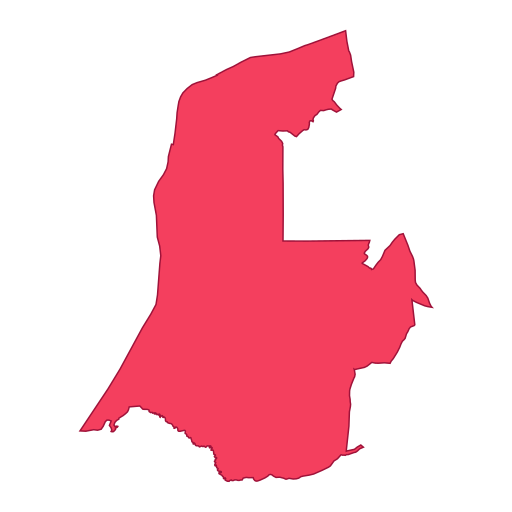 the district of Soplaviento, Bolívar, Colombia
{"feature_id": "7082276B6546865194855", "entity_name": "Soplaviento", "entity_type": "district", "adm_level": 2, "iso_a3": "COL", "parent_name": "Colombia", "parent_adm1": "Bolívar", "projection": "orthographic", "projection_center": [-75.12, 10.341], "detail": "fine", "context": "isolated", "style": "filled", "palette": "rose", "viewbox_px": 512, "rotation_deg": 0, "n_neighbors": 0, "source": "geoboundaries", "source_scale": "gbopen_adm2", "svg_char_len": 6092}
<svg xmlns="http://www.w3.org/2000/svg" viewBox="0 0 512 512"><path d="M226.6,69.5L216.6,74.8L217.1,75.3L211.8,77.6L205.4,80.2L197.1,82.6L192.2,84.6L187.2,88.5L182.9,92.9L180.6,96.9L178.9,101.5L178.2,105.5L177.1,112.7L176.7,118.8L175.0,133.4L173.3,144.6L171.5,144.2L168.4,156.5L168.1,161.9L166.6,168.7L163.4,174.8L158.7,181.3L154.6,189.8L153.6,195.8L154.0,202.5L156.4,215.4L157.3,237.1L159.7,246.1L160.8,255.7L159.9,263.3L157.5,295.0L156.0,304.5L150.8,314.2L142.5,327.7L120.1,369.0L108.0,388.9L80.0,430.9L85.8,431.2L93.7,429.7L97.6,430.2L101.2,429.2L103.2,426.3L105.3,421.7L106.9,420.1L108.9,420.1L111.2,421.0L109.4,425.4L111.0,427.6L111.8,430.1L111.1,431.5L111.7,431.7L112.0,431.6L112.9,431.8L113.7,431.4L115.4,429.6L115.6,429.0L115.4,428.5L115.6,428.1L117.3,427.2L117.8,426.4L116.8,426.1L114.9,426.6L114.6,425.8L114.1,425.5L114.0,424.9L114.8,422.5L116.2,420.9L117.1,420.1L118.8,419.2L118.8,418.3L119.0,418.1L122.2,416.1L122.8,415.8L125.5,413.7L127.5,411.8L128.5,409.7L129.2,406.9L139.8,406.0L141.3,407.5L142.7,409.1L143.4,409.3L144.1,409.2L144.8,409.4L145.8,409.3L147.0,409.4L147.8,409.5L148.8,409.9L149.2,410.4L149.0,411.1L149.3,411.7L150.8,412.6L151.2,412.4L152.1,412.4L152.5,412.5L152.6,413.1L153.8,413.0L154.0,413.1L154.4,413.9L154.6,414.0L155.1,414.0L154.8,413.0L154.9,412.8L155.1,412.8L155.9,413.1L156.9,414.6L157.7,414.3L158.2,414.8L158.6,414.8L158.9,414.2L159.5,414.1L159.7,414.3L159.4,415.3L160.3,415.3L160.4,415.5L159.7,416.4L159.9,417.1L160.2,417.3L160.6,416.5L161.3,416.2L162.1,415.6L162.3,415.6L162.7,416.2L162.9,417.3L163.5,417.4L163.8,416.9L164.1,417.0L165.0,417.7L165.4,418.8L165.5,420.7L165.8,421.2L166.2,421.6L167.2,421.8L167.5,422.6L169.2,423.3L171.0,423.6L171.6,423.9L172.5,425.0L173.1,426.3L173.7,426.6L174.0,427.1L174.0,428.2L174.4,428.3L175.1,428.0L176.0,427.0L177.0,427.4L177.8,428.9L177.9,430.4L178.2,430.9L178.6,431.2L180.0,431.3L184.4,430.3L185.0,430.5L185.4,431.1L185.1,433.2L185.2,433.5L186.3,434.1L186.7,434.7L186.8,435.9L186.9,436.2L188.1,436.6L188.8,437.8L189.3,438.0L190.6,437.6L191.0,438.0L191.1,438.9L191.5,439.8L191.9,441.6L192.2,442.0L192.9,442.3L193.2,443.9L193.6,444.0L193.6,443.1L194.0,442.9L194.6,443.2L195.0,443.7L195.5,445.2L195.8,445.5L196.8,445.8L198.2,445.8L198.7,446.0L199.3,446.8L199.6,446.9L201.4,446.1L201.8,446.1L203.0,446.6L203.6,446.2L204.4,446.3L205.4,447.2L205.7,447.2L206.3,446.9L206.9,446.1L207.7,445.8L208.7,446.0L210.2,445.8L210.6,445.9L210.9,446.2L211.0,446.7L210.2,447.1L209.4,447.3L209.5,447.7L209.9,447.9L211.8,447.5L212.1,447.6L212.1,448.4L211.2,449.5L211.0,450.0L211.8,450.3L212.9,450.1L213.2,450.4L213.5,451.0L213.5,452.0L213.8,453.0L213.7,454.0L214.3,454.5L215.1,454.7L215.4,455.0L215.4,455.4L214.4,456.4L214.6,457.0L215.4,457.4L216.3,457.4L216.7,458.0L216.2,458.8L215.5,459.0L215.2,459.3L215.5,460.1L214.5,461.2L214.5,461.6L214.7,461.9L215.7,462.4L215.7,462.6L214.8,464.5L214.9,465.5L215.2,465.8L215.7,465.2L216.3,465.2L216.7,467.7L217.9,468.4L218.1,468.8L217.4,469.9L217.9,470.7L218.8,471.2L220.7,471.4L221.2,471.6L221.3,472.4L221.0,472.6L219.0,472.8L218.9,473.1L219.1,473.7L222.1,475.4L222.3,476.0L223.1,476.6L223.4,477.0L223.4,478.1L223.6,478.5L223.9,478.7L224.3,478.5L224.9,477.9L225.2,477.9L225.7,478.8L225.1,479.4L225.2,480.1L227.3,481.2L229.1,481.3L230.0,480.4L231.3,480.0L232.0,480.6L233.4,480.5L234.7,479.9L236.2,479.9L238.0,480.4L239.3,480.4L240.6,480.0L242.1,480.0L243.2,478.1L246.2,477.4L248.8,477.7L253.2,477.6L253.6,479.0L254.8,480.5L256.1,481.1L257.5,481.0L260.1,480.1L264.9,477.9L267.8,476.1L269.0,474.8L270.4,474.4L271.9,474.8L273.5,476.1L276.0,477.4L279.8,477.2L283.7,478.2L285.6,479.1L286.6,479.1L289.0,478.3L293.2,479.0L296.3,478.8L298.8,478.1L300.8,476.7L303.1,476.1L309.2,475.1L313.7,474.0L321.9,470.4L328.5,467.2L330.4,465.9L334.0,460.9L337.4,458.8L341.1,454.7L342.6,455.2L344.0,455.1L345.3,455.3L346.5,454.6L348.1,454.6L354.1,452.5L355.7,452.2L357.4,451.0L359.7,448.8L363.4,447.2L360.8,445.0L357.2,447.1L354.5,449.3L347.1,450.9L346.3,451.2L346.4,449.4L348.9,426.2L349.4,411.8L350.4,406.5L350.6,404.2L350.2,401.7L350.1,399.3L349.5,395.7L349.6,390.9L349.9,389.1L351.5,384.1L354.0,377.9L354.6,376.9L355.1,374.3L354.5,370.7L354.2,369.3L354.6,369.6L357.0,369.0L364.4,367.4L367.1,366.1L371.8,362.4L375.3,363.1L378.4,363.2L384.3,362.8L390.1,363.3L391.1,361.2L393.2,358.7L397.3,352.1L399.7,347.3L401.0,343.9L402.4,341.2L404.0,339.7L405.1,338.4L406.5,333.8L407.8,331.7L409.2,328.6L410.5,327.0L414.1,325.6L414.8,324.8L411.9,299.7L412.7,300.4L416.3,302.3L424.7,305.8L427.8,306.6L432.0,307.3L431.1,306.3L429.6,303.3L427.8,298.1L426.1,295.5L422.8,292.1L421.3,290.2L420.2,288.5L416.9,285.0L415.5,282.5L415.2,279.8L415.1,270.3L413.9,261.0L413.5,259.1L412.5,256.4L409.9,251.2L407.9,245.3L403.2,233.7L399.3,234.7L394.9,239.1L392.2,242.4L390.1,245.5L385.0,250.3L382.4,256.5L380.6,259.8L378.3,262.1L376.2,264.8L373.4,268.9L371.5,269.5L371.2,268.5L370.6,268.1L369.6,268.1L368.0,266.6L362.2,263.4L362.3,262.8L364.9,261.0L365.8,260.0L367.0,258.6L367.5,257.6L367.6,256.8L367.4,256.1L366.5,255.2L364.5,253.8L364.3,253.4L364.3,253.0L365.4,251.2L367.8,249.0L368.7,247.5L368.7,246.7L368.3,245.4L368.3,244.9L368.8,243.4L369.2,242.7L369.8,240.4L307.0,241.1L283.0,241.0L283.2,215.1L283.1,183.3L282.8,169.2L282.9,146.8L282.4,145.1L282.7,143.5L281.6,141.3L278.6,138.4L277.9,136.9L274.9,134.7L275.0,134.2L275.9,133.0L278.1,130.6L282.8,131.0L287.4,130.8L288.4,131.8L290.1,132.3L294.9,136.1L296.5,136.6L299.0,133.8L302.8,130.5L304.1,129.7L305.8,129.9L307.0,129.7L308.0,129.1L308.8,127.4L309.4,124.1L309.3,122.2L310.1,120.8L311.3,120.7L313.0,121.7L313.4,120.8L313.0,119.6L313.4,117.9L315.1,115.5L316.8,114.5L318.8,111.9L320.4,110.4L323.7,110.6L326.1,109.8L328.7,109.2L330.9,109.1L331.7,109.2L332.1,109.7L336.5,112.1L341.2,109.5L339.7,108.2L336.8,105.1L334.3,101.8L333.2,100.9L332.6,100.3L332.0,99.1L335.6,88.4L335.9,86.0L337.5,83.1L339.0,81.7L340.9,81.0L344.6,79.9L353.6,76.6L353.8,72.2L351.6,61.7L350.6,55.1L349.3,51.7L348.8,51.1L346.9,41.4L345.6,30.7L318.0,41.0L307.5,44.8L304.8,45.6L297.0,48.9L289.3,52.0L280.4,53.9L255.7,56.7L250.4,57.5L241.0,62.2L233.3,66.5L226.6,69.5Z" fill="#f43f5e" stroke="#9f1239" stroke-width="1.5"/></svg>